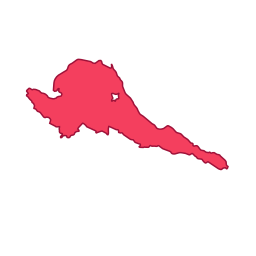 an SVG outline of Chuy, rotated 33°
{"feature_id": "KGZ-1116", "entity_name": "Chuy", "entity_type": "Region", "adm_level": 1, "iso_a3": "KGZ", "parent_name": "Kyrgyzstan", "parent_adm1": "", "projection": "natural_earth1", "projection_center": [74.767, 42.563], "detail": "fine", "context": "isolated", "style": "filled", "palette": "rose", "viewbox_px": 256, "rotation_deg": 33, "n_neighbors": 0, "source": "natural_earth", "source_scale": "10m", "svg_char_len": 5808}
<svg xmlns="http://www.w3.org/2000/svg" viewBox="0 0 256 256"><g transform="rotate(33 128 128)"><path d="M79.2,83.3L80.7,84.1L83.3,86.3L84.7,86.8L86.4,87.2L87.8,87.8L90.4,89.9L91.4,90.3L93.6,90.6L95.4,91.7L97.4,92.2L98.4,92.7L99.1,93.5L100.4,95.5L101.1,96.3L106.3,100.0L108.0,100.7L113.8,101.6L118.2,103.6L119.6,104.7L121.0,105.4L124.1,106.3L125.5,107.0L126.7,107.9L129.8,109.6L131.1,109.9L134.5,109.9L145.9,111.3L147.9,111.1L148.9,111.2L152.2,112.5L153.5,112.4L155.0,111.8L156.4,110.9L157.6,109.7L158.2,108.9L159.8,104.8L160.4,104.3L161.1,104.1L161.6,104.1L164.2,103.9L166.2,104.1L170.2,105.2L171.4,105.3L174.7,104.3L176.0,104.2L179.7,105.1L184.3,105.1L188.6,106.3L189.2,106.2L190.2,105.8L190.8,105.8L191.3,106.1L191.9,107.1L192.4,107.4L193.3,107.1L194.8,105.7L195.7,105.3L197.1,105.5L199.7,106.5L201.0,106.8L202.1,106.5L204.0,105.7L206.3,105.8L207.2,105.6L209.2,104.6L209.4,104.3L209.4,104.1L209.6,103.8L209.9,103.7L210.9,103.9L211.1,103.9L211.5,103.7L212.6,102.5L213.6,101.8L214.6,101.7L216.8,101.7L218.8,100.9L219.8,100.8L220.8,101.2L226.6,102.1L228.3,102.7L228.8,103.1L230.3,105.0L231.1,105.6L231.9,105.8L232.8,105.8L233.3,107.4L233.2,107.9L233.1,108.4L232.7,108.5L232.4,108.5L231.7,108.3L231.4,108.3L231.1,108.4L230.9,108.6L229.6,109.9L229.4,110.5L229.1,111.6L228.8,112.0L228.4,112.3L227.1,112.7L226.0,112.9L214.1,112.7L213.5,112.8L213.2,113.1L213.0,113.4L212.9,113.8L212.7,114.2L212.5,114.6L212.2,115.0L211.8,115.2L211.4,115.2L209.8,115.0L207.4,114.1L206.9,114.0L206.6,114.1L203.9,115.4L203.2,115.6L202.6,115.6L201.0,115.0L199.7,115.1L196.5,114.4L195.9,114.4L195.6,114.5L195.4,114.8L194.4,116.8L194.1,117.0L193.8,117.2L190.0,118.0L186.5,119.5L185.4,120.1L184.3,120.9L181.6,124.0L181.3,124.3L180.0,125.1L179.5,125.3L179.0,125.4L178.7,125.4L178.3,125.4L177.7,125.2L176.9,124.8L175.7,124.8L168.6,126.4L167.8,126.4L163.9,126.1L163.2,126.2L162.8,126.5L162.3,127.6L162.0,127.8L161.5,128.1L160.2,128.7L159.6,129.1L158.3,130.0L157.7,130.3L157.1,130.4L156.4,130.5L156.1,130.7L156.0,131.0L156.0,132.0L155.9,132.2L155.7,132.8L155.5,133.1L155.1,133.4L153.1,134.6L152.2,135.0L152.0,135.3L151.4,136.0L148.7,137.6L148.0,137.8L147.6,137.7L147.6,137.4L147.8,136.3L147.8,135.9L147.7,135.6L147.5,135.3L147.3,135.1L147.0,134.9L146.8,134.9L145.9,135.3L142.2,136.1L141.5,136.1L141.2,136.0L139.0,135.1L138.7,135.1L138.3,135.3L138.1,135.5L137.7,135.7L136.2,136.2L135.7,136.2L128.0,136.0L125.9,135.3L125.5,135.4L125.2,135.5L124.9,135.8L124.3,136.3L122.6,136.8L121.3,135.2L120.7,135.0L120.3,135.0L120.1,135.2L119.6,135.5L119.0,135.8L111.6,136.9L111.0,137.2L112.0,139.5L114.4,143.0L114.8,143.9L114.8,144.6L114.6,144.7L114.2,144.8L113.8,144.7L112.7,144.3L112.3,144.3L108.3,144.6L107.4,145.1L105.4,147.6L104.2,149.3L103.9,149.3L103.6,149.3L103.4,149.0L103.3,148.7L103.2,148.4L102.9,148.1L101.7,148.1L92.7,149.4L92.1,149.2L91.8,149.0L91.3,148.8L89.3,148.5L88.0,148.5L87.7,148.6L87.4,148.7L87.3,148.8L87.2,149.4L86.2,154.7L86.3,155.4L86.4,156.2L87.7,156.5L88.1,156.7L88.5,157.1L88.6,157.4L88.5,157.6L87.9,158.0L87.4,158.4L86.7,159.2L86.5,159.6L86.3,160.0L86.1,160.6L86.0,161.0L86.1,161.4L86.3,162.5L86.2,163.0L86.0,163.5L84.7,164.8L84.3,165.4L84.1,165.8L84.1,166.3L84.2,167.4L84.0,167.8L83.7,168.3L83.1,168.7L82.6,168.9L82.1,169.0L81.8,168.9L81.5,168.7L81.1,168.3L80.9,168.2L80.6,168.1L80.4,168.1L80.1,168.2L78.6,169.1L78.2,169.5L77.9,169.9L77.8,170.5L77.6,172.0L77.3,172.4L77.0,172.7L76.7,172.6L76.3,172.3L76.2,172.0L76.2,171.6L76.2,171.2L76.4,169.8L76.5,169.4L76.4,169.0L76.2,168.8L76.0,168.6L75.7,168.6L74.5,169.0L74.1,169.1L73.7,169.1L73.3,169.0L72.9,168.8L72.6,168.5L72.3,168.2L71.7,167.2L71.5,166.9L71.0,166.5L70.8,166.2L70.6,165.8L70.3,165.0L70.2,164.8L69.8,164.2L67.7,165.8L66.7,166.2L65.9,166.1L59.8,166.7L59.0,164.0L58.5,163.1L57.8,162.8L57.4,162.6L56.3,162.4L55.8,162.4L55.5,162.5L55.2,162.6L54.0,163.1L53.7,163.3L53.3,163.8L53.0,164.2L52.8,164.4L52.3,164.6L51.5,164.7L51.0,164.6L46.3,162.9L45.6,162.8L44.9,162.8L43.4,163.2L42.7,163.2L41.0,162.6L40.4,162.4L40.0,162.4L38.5,162.8L38.3,162.7L38.2,162.4L37.8,161.2L37.6,160.6L37.5,160.3L37.1,160.0L36.7,159.7L35.8,159.1L35.2,158.9L34.6,158.8L33.7,158.8L33.4,158.6L32.7,157.9L32.1,157.7L29.8,157.3L27.2,156.4L26.5,156.2L26.0,156.2L25.6,156.3L25.4,156.2L25.2,155.9L24.9,155.1L25.4,154.1L25.6,153.7L25.5,153.3L25.3,153.2L25.1,153.1L23.2,152.5L22.9,152.3L22.7,151.9L22.7,151.5L22.7,151.2L23.2,149.3L23.3,148.8L23.7,148.4L24.3,148.2L25.9,148.2L26.6,148.1L27.2,147.7L27.7,147.0L28.0,146.8L28.2,146.7L29.6,146.0L30.8,145.7L31.7,145.6L32.7,145.3L33.4,145.2L34.4,145.4L35.0,145.6L35.7,145.7L36.5,145.7L38.5,144.9L39.4,144.7L40.6,144.6L42.5,144.9L42.9,145.0L44.2,145.7L45.1,145.7L46.2,145.5L49.3,144.3L50.0,143.8L51.5,142.0L51.6,141.0L51.9,140.4L52.7,139.3L54.1,138.1L54.3,137.8L54.5,137.3L54.4,136.5L54.3,136.0L53.6,135.2L53.1,135.0L52.9,135.0L51.4,135.2L50.9,135.2L50.4,135.1L50.0,134.9L49.8,134.7L49.5,134.5L49.4,134.2L49.2,133.9L48.9,132.8L48.8,132.6L48.5,132.6L48.1,133.1L47.9,133.7L47.8,134.4L47.9,134.8L48.0,135.1L48.0,135.4L47.6,136.1L46.4,137.2L44.9,137.0L41.3,130.4L40.5,128.4L40.2,126.3L40.3,123.9L40.9,121.6L43.6,116.0L45.0,113.2L45.1,112.2L45.0,111.1L44.4,108.9L44.3,107.8L44.5,106.8L44.9,105.8L45.9,104.1L47.9,98.9L48.4,98.0L49.2,97.3L51.6,96.1L60.3,92.7L61.2,92.6L63.3,92.6L65.2,91.7L66.9,87.3L68.4,86.2L69.5,86.5L71.3,88.1L72.2,88.4L80.2,87.5L81.0,87.1L81.1,86.2L80.6,85.1L79.2,83.3ZM102.0,112.5L102.5,112.5L102.7,112.3L102.5,111.5L102.5,110.8L102.6,110.0L103.1,109.6L103.5,109.0L104.0,108.7L104.1,108.4L104.0,108.1L103.8,107.8L103.2,107.0L102.4,106.2L101.9,105.3L101.6,104.1L101.4,104.0L101.2,104.1L100.7,105.1L100.1,105.9L99.1,106.6L96.4,107.2L95.6,108.0L96.2,109.1L98.2,110.7L99.0,111.1L99.0,111.9L98.9,112.5L99.0,113.3L99.3,113.8L99.6,114.2L99.9,114.2L100.2,113.8L100.6,113.0L101.2,112.3L102.0,112.5Z" fill="#f43f5e" stroke="#9f1239" stroke-width="1.5"/></g></svg>